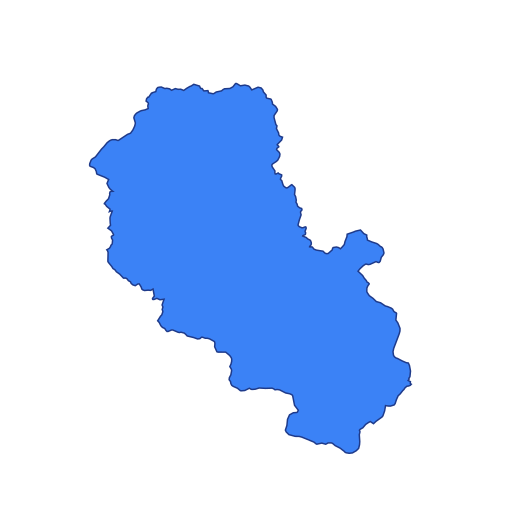 Dinh Hoa, Thái Nguyên, Vietnam, rotated 287°
{"feature_id": "81297802B90284781247335", "entity_name": "Dinh Hoa", "entity_type": "district", "adm_level": 2, "iso_a3": "VNM", "parent_name": "Vietnam", "parent_adm1": "Thái Nguyên", "projection": "albers", "projection_center": [105.636, 21.896], "detail": "fine", "context": "isolated", "style": "filled", "palette": "blue", "viewbox_px": 512, "rotation_deg": 287, "n_neighbors": 0, "source": "geoboundaries", "source_scale": "gbopen_adm2", "svg_char_len": 6110}
<svg xmlns="http://www.w3.org/2000/svg" viewBox="0 0 512 512"><g transform="rotate(287 256 256)"><path d="M165.3,180.9L164.1,182.9L161.6,185.3L160.8,186.5L160.3,187.7L160.0,189.9L158.5,191.7L157.8,193.0L158.2,194.1L160.5,196.8L160.9,198.0L160.3,203.7L160.4,205.1L161.2,206.6L161.3,209.9L160.6,211.6L159.4,213.6L159.8,220.2L159.6,224.4L160.5,226.4L161.9,227.3L162.5,227.8L162.7,228.6L162.5,231.5L163.1,233.5L163.2,235.7L162.1,241.0L161.9,241.4L160.3,242.3L157.1,243.0L153.0,246.6L153.0,247.8L155.2,255.1L153.2,259.9L151.5,262.1L150.3,262.9L148.2,263.5L145.3,263.7L142.6,263.3L140.7,265.4L139.6,266.1L138.5,266.3L135.0,266.7L131.8,266.1L129.8,266.5L128.5,268.3L126.6,269.3L125.2,270.7L124.7,272.2L124.1,277.0L122.7,280.3L122.7,281.1L124.1,284.6L127.6,288.3L127.1,290.4L127.4,291.7L128.4,294.2L130.7,297.6L132.2,303.8L134.3,309.9L134.2,311.5L133.6,313.3L134.5,315.2L134.9,317.6L133.7,324.4L134.1,328.6L133.8,330.9L133.1,331.9L124.5,336.5L120.9,341.5L119.0,341.3L118.3,340.8L117.0,337.5L113.9,334.5L109.0,333.9L103.0,335.1L98.1,335.0L96.6,336.3L94.8,339.7L95.0,346.2L96.1,350.1L96.2,352.8L95.0,365.7L93.8,368.7L93.9,369.3L96.3,373.6L96.4,377.7L98.3,379.6L99.3,382.7L99.2,384.0L97.8,387.2L96.9,392.4L95.1,397.3L94.3,398.7L94.2,399.8L94.6,402.8L95.9,405.8L99.1,408.8L102.0,410.4L105.7,410.2L108.8,409.5L115.4,407.0L117.6,406.9L118.8,406.6L119.3,406.0L119.9,405.9L120.5,406.1L123.0,408.4L127.0,410.1L129.6,412.2L131.1,413.7L130.0,417.4L133.0,419.1L138.9,423.6L140.2,424.1L145.5,424.3L150.8,423.6L151.2,426.3L151.8,428.5L154.0,431.7L155.5,432.2L159.8,432.3L163.9,432.8L166.3,434.2L170.2,435.7L171.6,436.5L173.2,436.9L175.5,438.3L176.3,439.9L177.4,441.3L178.8,442.0L179.1,441.0L179.5,440.7L181.0,440.4L181.4,437.9L183.1,438.4L183.7,437.9L185.5,438.5L191.1,437.4L196.1,434.8L198.2,433.0L197.9,430.8L198.4,426.5L199.4,421.2L199.4,419.8L200.1,417.8L201.3,416.5L204.5,415.0L208.0,414.7L223.5,415.7L226.3,415.6L228.8,414.9L229.5,414.4L233.5,411.2L235.6,408.5L242.2,407.2L242.6,406.7L243.0,404.7L243.5,403.8L245.1,402.2L245.7,400.6L246.1,396.5L246.0,394.3L247.7,388.8L247.6,384.4L249.7,380.3L251.2,375.9L253.5,373.1L254.3,372.4L255.9,371.9L257.8,371.4L260.3,371.7L262.2,372.4L262.6,372.3L263.3,371.1L263.5,369.9L264.8,368.6L266.5,365.9L268.5,363.7L271.3,358.0L274.3,359.2L278.1,361.4L280.2,363.1L280.5,363.7L280.6,365.9L281.4,367.5L285.7,372.4L285.5,374.9L285.9,375.7L287.3,376.3L291.4,376.2L294.5,377.4L296.3,377.5L299.8,375.5L300.9,374.3L301.4,373.3L301.4,372.4L302.8,369.4L303.2,367.8L303.3,362.4L303.8,357.9L305.8,357.0L306.3,356.4L308.4,355.8L308.9,352.6L311.4,348.3L308.8,343.8L307.5,342.3L303.5,336.8L301.1,337.3L295.9,336.9L292.8,337.1L289.8,335.8L287.6,334.6L288.2,332.5L288.1,330.3L286.7,327.4L285.9,327.0L284.1,327.1L279.5,324.3L279.0,323.2L278.8,322.2L279.0,320.9L280.2,318.7L279.3,312.1L279.5,309.5L281.0,307.3L281.0,306.7L280.4,304.6L280.8,304.5L282.5,305.3L283.6,305.4L285.0,304.9L286.4,303.9L287.0,303.1L287.5,300.4L288.4,298.6L288.7,294.8L289.2,294.8L290.9,296.8L291.2,296.9L292.7,296.7L293.5,295.9L294.4,295.7L297.0,295.9L298.2,295.4L298.3,294.6L296.8,292.7L296.4,291.8L296.7,288.8L297.5,287.4L298.2,287.1L303.5,286.9L308.5,287.1L310.3,286.0L311.2,285.7L311.8,285.7L313.0,286.4L314.1,286.3L314.8,285.7L314.8,283.8L315.7,281.3L317.8,280.0L319.1,278.5L321.2,278.2L324.4,276.5L326.0,274.9L330.7,274.0L332.2,273.5L333.0,272.8L334.7,269.4L334.4,269.0L331.1,266.7L330.1,265.6L330.0,264.6L330.9,262.1L332.3,260.8L335.6,258.6L336.4,257.0L337.6,256.8L340.0,257.2L341.1,256.8L341.4,253.7L341.9,252.9L340.3,251.3L340.1,250.4L341.3,249.6L342.8,249.3L346.0,245.4L347.2,244.7L348.2,244.6L349.1,245.1L352.5,247.9L354.1,248.8L358.1,249.5L360.5,249.1L361.9,247.9L363.7,244.6L365.0,244.5L367.1,245.9L367.7,245.4L368.3,244.0L368.8,243.7L374.4,246.6L377.4,246.6L377.5,244.1L378.1,242.9L378.7,242.3L380.2,241.7L383.8,238.3L386.6,238.0L387.5,236.6L393.6,232.8L395.6,232.2L400.8,233.8L402.1,233.8L402.7,233.4L404.8,231.0L406.1,227.4L407.9,226.6L410.2,224.7L410.4,224.1L410.1,220.3L410.4,219.6L411.0,219.2L412.9,218.6L415.1,215.1L416.8,214.0L418.2,211.8L418.0,208.6L413.6,203.4L415.8,200.6L416.4,199.2L416.2,195.4L414.2,191.3L415.1,187.8L415.2,186.4L414.7,185.9L411.1,184.5L408.6,182.1L406.7,177.0L405.6,175.9L403.8,174.7L401.2,170.0L399.0,168.2L398.6,167.5L398.2,162.8L399.8,162.0L400.1,161.6L398.9,158.7L398.7,157.7L400.4,155.5L400.1,154.2L400.3,153.8L402.0,152.3L402.0,146.3L399.8,144.5L398.7,143.1L396.0,140.6L393.2,138.5L393.5,135.3L392.6,132.7L392.5,129.9L389.8,126.8L390.6,124.5L390.3,121.6L389.5,119.9L389.9,116.0L389.1,114.0L388.3,112.7L386.5,112.0L383.9,112.1L381.9,109.2L381.2,108.8L381.2,108.4L376.7,107.0L376.4,106.8L376.3,106.2L374.4,105.4L372.0,105.6L371.2,107.7L370.8,108.2L369.8,108.7L369.0,108.5L367.7,108.7L365.5,109.8L363.3,107.2L361.5,103.9L360.7,102.9L357.9,100.2L356.3,99.3L354.4,98.7L352.4,98.8L348.2,101.6L347.1,101.9L344.6,102.0L340.4,101.4L336.7,100.1L334.8,97.6L326.3,90.6L326.1,90.1L326.2,87.7L325.2,84.5L324.3,83.2L323.0,82.0L320.8,80.5L316.1,78.6L313.0,77.0L303.8,73.5L300.8,70.9L299.5,70.3L295.8,70.0L294.2,70.3L293.3,71.1L293.1,74.7L292.4,76.6L290.1,78.6L288.3,79.5L287.8,80.0L287.1,88.3L286.1,92.7L281.8,92.3L278.5,95.3L277.2,97.2L276.0,100.1L275.6,98.9L274.7,97.7L273.2,97.7L271.8,98.3L267.6,98.2L264.7,96.7L261.9,95.6L261.6,95.7L261.4,96.7L259.8,98.7L258.2,102.6L257.4,102.9L255.6,102.8L256.4,103.8L256.9,105.4L250.7,105.1L249.5,105.3L244.8,107.0L242.9,107.9L239.3,106.2L237.8,110.5L234.9,113.5L234.3,113.6L232.8,112.2L232.2,112.0L230.9,112.6L229.3,114.2L225.9,114.9L225.0,114.8L224.0,114.2L222.4,114.1L220.6,113.6L218.3,111.5L217.7,112.4L216.2,113.5L207.6,115.9L206.8,116.6L203.8,121.1L202.2,122.9L201.6,125.1L200.1,127.1L198.8,131.0L196.1,135.7L196.8,137.9L196.6,139.1L195.1,141.2L194.6,143.5L193.3,144.6L192.4,146.6L192.3,149.2L194.6,151.1L195.2,152.5L192.9,155.1L190.9,156.6L190.5,157.6L190.4,159.5L191.8,162.8L192.3,165.3L194.3,167.2L187.9,170.5L185.7,169.6L184.8,169.5L184.3,169.9L184.5,171.0L186.5,173.6L186.1,177.0L187.8,180.7L181.7,180.5L180.0,181.9L177.4,181.9L176.0,183.0L175.3,183.2L172.1,183.1L170.5,182.3L165.3,180.9Z" fill="#3b82f6" stroke="#1e3a8a" stroke-width="1.5"/></g></svg>